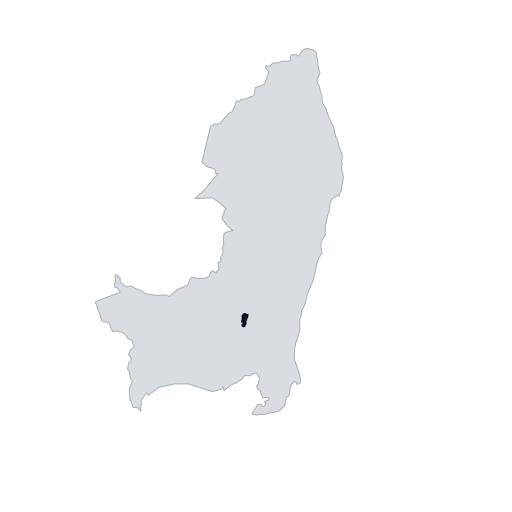 El Dorado, San Martín, Peru (highlighted), rotated 220°
{"feature_id": "86281439B18288209632206", "entity_name": "El Dorado", "entity_type": "district", "adm_level": 2, "iso_a3": "PER", "parent_name": "Peru", "parent_adm1": "San Martín", "projection": "robinson", "projection_center": [-76.72, -6.537], "detail": "fine", "context": "in_parent", "style": "filled", "palette": "ink", "viewbox_px": 512, "rotation_deg": 220, "n_neighbors": 0, "source": "geoboundaries", "source_scale": "gbopen_adm2", "svg_char_len": 5695}
<svg xmlns="http://www.w3.org/2000/svg" viewBox="0 0 512 512"><g transform="rotate(220 256 256)"><path d="M351.2,150.5L351.1,151.9L349.6,152.5L348.1,151.6L346.1,151.9L343.0,148.6L335.5,149.1L332.3,152.9L327.4,153.7L322.0,155.5L315.9,156.2L306.4,162.2L304.2,164.6L299.9,168.2L296.3,169.4L294.6,180.3L291.1,186.6L289.7,190.1L291.6,195.4L291.6,197.9L289.6,200.0L288.0,200.3L284.8,202.5L279.9,207.3L279.0,211.0L280.6,215.9L280.1,216.4L276.0,217.4L276.1,220.1L275.3,221.1L278.7,225.0L280.6,226.0L280.7,227.0L280.4,227.9L279.6,228.4L279.5,229.2L282.0,232.1L283.8,238.0L287.3,240.8L287.4,242.7L288.4,244.5L290.2,245.9L294.5,251.7L294.6,254.4L290.1,260.6L297.5,260.6L305.6,262.7L306.8,263.7L307.7,266.5L307.8,268.4L309.5,269.8L309.3,273.2L320.0,273.3L327.0,272.4L338.2,262.1L340.0,261.2L339.1,263.4L338.9,265.1L339.5,266.9L338.2,269.4L338.0,294.7L340.0,293.3L342.7,295.7L344.6,295.8L350.7,293.0L357.9,293.4L374.3,326.4L372.9,328.7L372.9,330.4L370.9,331.8L368.8,334.5L368.6,347.6L366.9,351.5L367.8,353.6L368.7,357.8L370.2,360.3L370.6,361.9L370.4,362.5L368.1,363.9L367.9,366.3L363.7,371.0L363.0,374.2L361.4,375.2L361.1,378.8L364.8,384.6L362.4,388.1L360.1,393.2L363.8,404.0L365.3,405.6L366.9,405.5L369.4,406.4L370.7,408.1L367.6,410.1L367.1,411.0L367.3,414.5L364.0,417.2L359.5,424.0L358.2,424.4L356.0,426.4L355.6,427.4L355.9,428.4L357.8,430.4L358.0,432.9L354.8,436.0L352.5,436.3L351.7,437.1L352.5,441.3L352.5,443.2L351.8,445.4L350.2,447.8L345.4,450.4L341.0,450.8L333.7,444.6L331.4,442.0L324.1,436.7L323.0,431.1L320.6,428.4L316.1,426.4L312.5,423.5L309.9,422.2L303.3,415.9L297.3,413.9L286.0,407.3L280.0,405.2L272.2,399.0L268.0,397.3L264.6,394.5L254.4,388.4L252.8,386.4L251.3,383.4L249.0,381.6L246.4,377.4L242.7,375.0L239.0,371.8L234.5,363.1L232.4,361.1L232.2,357.2L230.8,355.4L232.9,354.1L234.4,348.0L233.6,344.9L228.4,336.7L227.4,333.3L223.7,327.0L222.3,323.2L219.2,320.4L218.0,318.0L216.3,317.0L216.2,314.1L215.0,308.6L213.3,305.8L207.3,300.6L206.7,294.9L205.4,291.0L196.9,275.1L192.1,259.8L187.9,251.3L186.3,246.4L186.1,243.7L183.0,239.2L181.4,235.1L174.6,227.1L170.6,218.2L170.0,215.6L167.3,210.7L162.9,204.4L160.8,201.9L147.6,194.0L141.4,189.2L140.7,186.8L141.0,185.4L142.3,184.0L144.2,185.1L145.3,184.6L146.2,182.9L146.3,180.3L145.1,176.9L140.9,170.3L142.0,167.3L137.7,159.7L138.7,152.3L139.6,150.4L146.0,142.9L147.8,139.7L150.5,137.8L153.3,134.7L156.7,132.4L157.6,133.2L158.6,137.2L158.5,139.9L159.4,142.9L157.1,145.6L154.5,145.0L153.6,145.7L153.2,146.9L153.6,149.0L154.2,149.8L156.1,149.9L153.6,153.8L153.8,154.6L155.6,155.3L157.3,154.3L159.1,152.1L160.1,151.8L166.6,155.6L169.6,155.1L171.9,156.9L172.1,159.7L175.3,165.2L180.1,166.5L180.9,166.1L182.0,164.0L183.1,163.7L183.3,160.7L187.4,157.4L188.1,155.2L187.5,153.6L187.6,152.4L190.0,145.2L190.8,144.4L191.5,142.1L192.4,140.7L193.8,132.6L195.0,132.7L196.1,134.6L197.3,134.1L196.7,132.3L196.9,131.6L201.5,125.2L202.9,123.8L225.1,114.9L236.2,105.7L246.0,92.9L249.0,80.0L250.1,80.9L252.0,80.6L251.4,75.4L251.8,72.9L251.7,72.1L248.7,69.0L247.5,65.6L244.8,63.7L244.9,62.9L247.8,63.7L250.3,63.3L252.5,61.2L254.1,61.4L257.7,64.3L260.4,64.6L261.3,66.7L263.9,68.2L267.6,72.7L269.3,77.5L269.2,78.4L270.9,81.0L274.5,82.2L278.1,85.8L281.8,86.9L283.5,90.1L284.5,91.2L285.0,93.0L284.4,95.2L284.9,96.4L287.7,98.3L290.1,98.4L290.6,99.3L291.9,104.6L291.0,107.3L291.4,108.8L294.5,110.1L295.4,111.3L297.8,111.5L301.3,110.4L305.6,112.0L308.9,111.4L310.5,111.0L312.0,109.8L313.3,109.8L316.8,106.4L317.7,106.1L321.3,107.7L324.4,110.0L328.1,109.5L329.7,108.1L332.4,107.3L337.4,110.2L338.4,111.5L339.8,111.8L345.1,114.6L346.0,115.8L348.8,116.9L349.4,117.8L349.2,118.9L336.8,140.8L340.6,142.6L344.2,141.5L346.1,143.0L347.4,146.5L350.2,148.9L351.2,150.5Z" fill="#d9dde1" stroke="#a8b0b8" stroke-width="1"/><path d="M228.0,203.5L228.1,203.3L228.0,203.2L228.0,202.8L228.0,202.7L227.9,202.7L227.7,202.6L227.5,202.4L227.4,202.3L227.4,202.1L227.5,202.0L227.4,202.0L227.4,201.9L227.5,201.8L227.6,201.7L227.8,201.3L227.8,201.1L227.7,200.9L227.5,200.7L227.4,200.7L227.2,200.7L226.9,200.7L226.7,200.6L226.5,200.3L226.4,200.2L226.2,200.1L226.1,199.9L225.9,199.8L225.9,199.7L225.7,199.4L225.8,199.3L225.9,199.2L225.7,199.1L225.6,198.9L225.5,198.7L225.5,198.4L225.4,198.3L225.4,198.2L225.2,197.6L225.1,197.3L225.1,197.2L224.9,197.0L224.8,196.9L224.8,197.0L224.7,197.1L224.3,197.1L224.2,197.0L223.9,197.0L223.6,196.9L223.3,196.9L223.2,196.9L223.0,196.7L222.9,196.6L222.7,196.5L222.5,196.4L222.4,196.3L222.2,196.2L222.1,195.9L222.0,195.7L222.1,195.2L222.2,194.8L222.2,194.6L222.2,194.4L222.2,194.2L222.0,193.9L221.8,193.8L221.7,193.8L221.6,193.7L221.4,193.7L221.3,193.8L221.2,193.8L221.1,194.0L220.9,194.1L220.7,194.0L220.4,194.0L220.2,194.1L219.9,194.1L219.9,194.3L219.8,194.5L219.7,194.7L219.6,194.8L219.7,195.0L219.8,195.2L220.0,195.4L220.1,195.5L220.3,196.2L220.3,196.3L220.2,196.4L220.0,196.5L220.1,196.8L220.1,197.0L220.2,197.4L220.3,197.5L220.6,198.1L220.9,198.2L221.2,198.2L221.2,198.3L221.3,198.5L221.5,198.7L221.5,198.8L221.6,199.0L221.8,199.1L221.8,199.3L221.9,199.5L222.0,199.6L222.2,199.9L222.2,200.0L222.3,200.2L222.3,200.3L222.3,200.5L222.5,200.7L222.5,200.8L222.6,201.0L222.6,201.3L222.7,201.5L222.8,201.5L222.9,201.8L223.0,201.9L223.0,202.1L223.0,202.3L223.1,202.5L223.1,202.8L223.2,203.0L223.1,203.3L223.2,203.5L223.3,203.8L223.4,204.0L223.5,204.1L223.6,204.3L223.8,204.5L224.0,204.8L224.1,205.0L224.4,205.1L224.5,205.1L224.8,205.0L225.0,205.2L225.0,205.3L225.1,205.2L225.3,205.1L225.4,204.9L225.5,204.9L225.5,205.0L225.5,204.9L225.8,204.9L226.0,204.7L226.3,204.6L226.5,204.6L226.6,204.8L226.8,204.9L226.9,204.7L227.0,204.7L227.3,204.5L227.3,204.4L227.7,204.1L227.8,204.0L228.0,203.8L228.0,203.7L228.0,203.5Z" fill="#0f172a" stroke="#020617" stroke-width="1.5"/></g></svg>